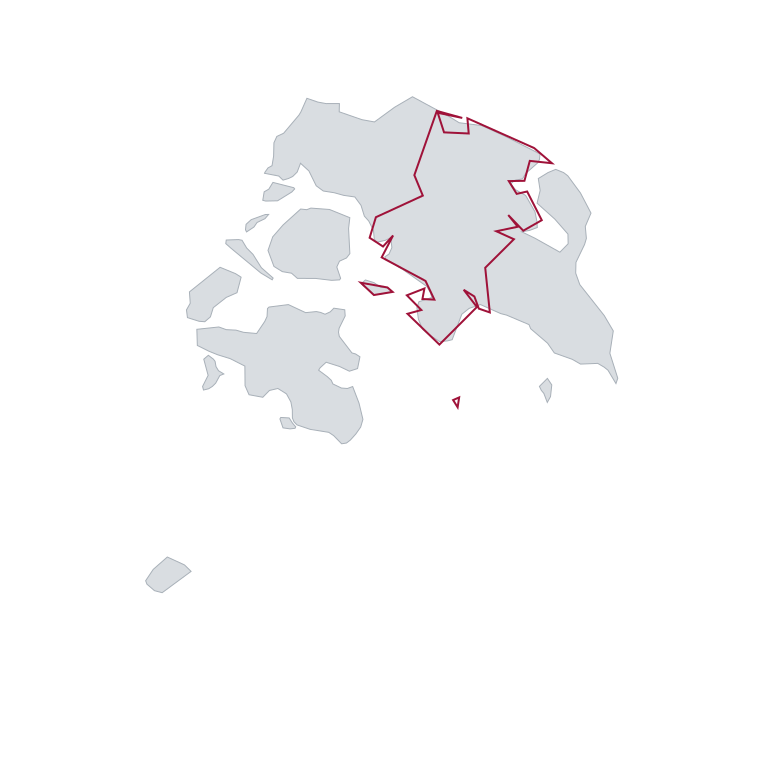 Midtjylland highlighted on a map of Denmark, rotated 112°
{"feature_id": "DNK-3416", "entity_name": "Midtjylland", "entity_type": "Region", "adm_level": 1, "iso_a3": "DNK", "parent_name": "Denmark", "parent_adm1": "", "projection": "albers", "projection_center": [9.543, 56.244], "detail": "coarse", "context": "in_parent", "style": "outline", "palette": "rose", "viewbox_px": 768, "rotation_deg": 112, "n_neighbors": 0, "source": "natural_earth", "source_scale": "10m", "svg_char_len": 4405}
<svg xmlns="http://www.w3.org/2000/svg" viewBox="0 0 768 768"><g transform="rotate(112 384 384)"><path d="M233.4,573.7L232.2,573.7L227.1,572.5L223.5,569.6L214.1,571.7L201.6,576.4L194.6,576.1L189.1,571.0L166.6,563.6L162.9,563.0L148.0,562.5L147.4,551.0L145.7,542.7L140.7,530.4L148.4,527.5L147.2,503.5L144.6,491.0L123.5,477.9L107.0,465.2L111.7,423.4L113.6,412.2L107.8,390.2L108.9,365.1L112.3,325.5L117.5,324.0L121.3,324.3L135.9,331.6L141.9,332.4L146.0,338.9L150.9,341.5L154.6,334.8L156.1,323.3L167.8,308.5L176.0,303.1L181.5,300.5L187.0,306.5L191.3,313.3L192.3,298.5L195.9,270.3L185.0,265.8L176.1,269.6L167.1,287.4L159.0,309.8L146.1,311.7L135.7,317.9L126.5,311.1L120.7,305.2L120.7,296.7L122.1,291.6L133.3,273.4L148.0,256.1L162.5,256.4L173.2,250.9L179.5,250.3L199.3,251.6L209.4,247.8L218.5,239.7L238.0,205.5L248.9,191.3L270.9,186.1L291.1,169.4L296.7,169.1L287.3,181.5L285.9,186.2L284.8,193.5L291.9,209.2L290.6,218.8L291.4,237.7L284.9,247.6L277.8,268.7L274.6,271.8L274.2,296.2L275.0,302.1L274.2,324.3L282.0,333.4L290.2,338.0L317.4,337.4L320.3,341.4L323.8,348.2L321.6,359.9L318.8,368.8L311.0,376.4L300.9,382.1L294.6,382.4L285.8,372.0L281.7,375.5L277.5,380.9L270.7,409.8L267.5,429.2L265.7,430.8L261.6,428.0L254.6,427.8L245.8,432.5L250.3,436.6L255.2,443.7L253.3,447.3L245.5,451.3L238.6,459.2L235.7,465.1L227.0,472.2L221.5,481.1L224.2,492.1L225.3,501.8L227.8,512.6L225.6,521.1L214.6,533.4L210.6,544.1L220.0,543.9L225.8,546.4L229.2,549.5L232.8,554.0L230.6,559.5L233.4,573.7ZM453.7,435.4L454.5,449.3L452.7,453.4L449.8,456.2L442.1,459.4L435.5,463.6L429.7,470.7L427.9,480.7L432.9,487.8L441.7,491.4L444.5,505.1L437.6,512.2L419.5,519.7L418.1,536.2L419.2,549.1L419.2,558.5L418.2,571.5L403.4,578.0L393.0,558.5L392.7,550.6L389.5,541.4L388.7,533.6L384.9,521.0L370.7,518.0L365.3,517.7L357.7,520.3L355.7,519.4L346.2,502.4L347.2,483.4L342.2,473.9L341.4,469.6L341.4,464.8L337.3,460.9L332.5,458.9L329.9,448.2L335.4,445.5L349.1,446.5L353.0,445.6L356.6,443.3L367.2,425.4L366.8,421.6L367.8,416.5L379.6,414.3L385.1,420.9L384.4,431.8L385.5,445.8L392.9,449.3L395.7,449.8L398.4,439.4L400.3,434.3L403.1,431.4L403.7,422.0L401.9,416.3L398.1,412.1L411.1,400.0L424.7,390.3L432.7,389.5L440.9,391.4L448.6,394.2L452.8,396.7L455.3,400.9L450.7,411.4L449.5,417.1L453.7,435.4ZM304.1,464.2L307.5,471.4L311.7,486.8L318.5,503.9L315.9,511.2L317.9,520.4L316.2,530.1L303.6,541.6L289.2,542.3L274.2,537.1L253.0,526.8L251.3,520.9L248.3,517.7L242.6,499.9L242.6,478.0L253.1,475.1L275.9,464.5L281.2,466.0L286.8,471.3L293.2,471.6L302.3,463.8L304.1,464.2ZM362.8,562.7L377.2,570.9L386.8,570.1L393.4,573.5L395.1,578.9L396.1,591.1L389.3,594.9L381.7,593.9L371.5,598.9L337.2,579.7L337.3,563.0L338.5,556.5L354.4,554.5L362.8,562.7ZM658.4,528.8L655.7,531.3L642.3,528.5L625.6,520.1L626.5,501.2L630.0,492.7L660.6,511.5L661.6,519.4L658.4,528.8ZM313.1,583.3L309.6,584.2L304.6,573.0L303.9,569.5L309.4,562.2L312.9,554.0L322.1,541.3L327.3,526.5L329.3,526.7L327.2,539.8L315.5,576.5L313.1,583.3ZM259.1,565.2L250.7,567.1L246.5,563.8L238.7,562.5L235.8,541.2L236.6,539.9L240.5,541.4L254.0,551.3L258.7,562.2L259.1,565.2ZM457.2,549.1L454.2,551.3L441.9,550.3L428.5,560.4L423.2,557.6L424.9,551.4L426.3,549.1L430.8,546.3L433.7,542.4L434.7,536.3L437.7,539.4L446.3,540.4L450.5,542.2L454.1,544.8L457.2,549.1ZM300.7,440.2L299.4,442.7L294.5,440.2L293.8,431.2L295.6,423.2L293.3,416.0L295.6,411.3L302.7,422.0L304.8,427.0L302.2,433.2L300.7,440.2ZM331.0,235.7L328.0,239.0L317.6,234.6L322.0,228.1L333.3,224.9L339.9,225.7L332.8,232.3L331.0,235.7ZM292.9,570.2L287.6,571.7L281.4,568.7L271.3,557.5L270.0,554.5L275.3,556.3L281.8,562.2L287.2,563.4L294.5,568.4L292.9,570.2ZM462.5,461.2L455.4,467.4L453.7,467.2L451.0,459.2L454.6,454.1L456.8,449.8L458.4,449.9L460.8,454.3L462.5,461.2Z" fill="#d9dde1" stroke="#a8b0b8" stroke-width="1"/><path d="M111.0,437.3L108.0,411.1L112.4,435.8L128.2,422.6L120.0,399.3L106.4,406.2L109.0,333.1L116.4,311.0L122.5,332.4L143.0,329.9L149.1,344.3L158.0,332.2L151.9,323.4L173.0,299.1L189.7,312.3L180.8,332.1L188.1,318.9L200.3,337.1L201.1,317.8L238.3,333.7L278.0,312.7L278.6,324.3L269.0,333.0L266.8,345.4L277.8,326.7L326.7,347.4L310.1,388.5L301.4,377.1L293.2,396.0L280.3,382.3L290.8,380.2L286.9,368.9L272.9,384.1L267.5,433.6L242.9,431.2L256.9,436.4L253.8,452.1L232.4,454.0L194.8,418.6L179.0,434.1L111.0,437.3ZM298.8,443.5L293.2,417.0L295.4,410.5L305.3,426.7L298.8,443.5ZM373.0,313.9L368.3,309.3L378.0,307.0L373.0,313.9Z" fill="none" stroke="#9f1239" stroke-width="2"/></g></svg>